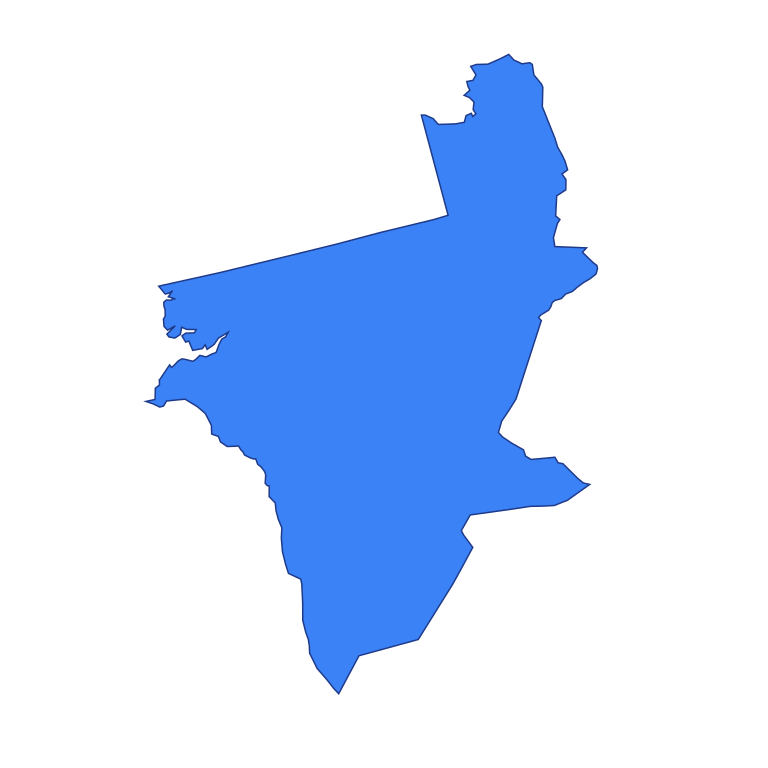 outline of Kiffa, Assaba, Mauritania, rotated 166°
{"feature_id": "47542326B84598403271907", "entity_name": "Kiffa", "entity_type": "district", "adm_level": 2, "iso_a3": "MRT", "parent_name": "Mauritania", "parent_adm1": "Assaba", "projection": "albers", "projection_center": [-11.344, 16.693], "detail": "fine", "context": "isolated", "style": "filled", "palette": "blue", "viewbox_px": 768, "rotation_deg": 166, "n_neighbors": 0, "source": "geoboundaries", "source_scale": "gbopen_adm2", "svg_char_len": 2942}
<svg xmlns="http://www.w3.org/2000/svg" viewBox="0 0 768 768"><g transform="rotate(166 384 384)"><path d="M162.1,619.0L158.1,633.6L158.7,637.0L163.8,647.7L162.8,658.2L164.7,660.4L165.1,660.5L172.6,661.3L179.6,666.9L183.2,673.6L194.0,671.2L205.8,669.2L217.1,671.7L223.0,671.2L220.0,661.6L224.3,657.1L230.5,657.5L230.5,652.3L229.6,648.3L236.4,644.7L231.8,641.3L228.5,635.8L231.1,628.7L229.5,623.9L233.2,622.1L233.8,625.5L239.4,624.6L242.8,618.5L251.7,619.1L268.5,622.7L272.1,629.6L279.0,635.0L282.7,635.9L281.0,532.2L296.3,531.5L350.0,531.9L397.8,531.2L451.6,531.4L516.5,531.8L576.7,533.4L578.9,533.4L574.5,524.2L570.9,524.2L566.6,525.6L572.2,520.8L565.7,517.0L568.9,517.7L569.9,516.7L574.8,518.2L577.9,516.6L578.7,512.4L578.4,509.2L579.9,502.6L582.3,500.4L583.5,493.1L581.0,488.6L572.4,491.0L574.6,489.7L582.6,484.9L581.3,481.7L575.9,479.2L573.4,480.0L569.6,481.4L566.6,488.0L562.2,484.7L553.1,482.3L555.5,479.5L564.2,481.3L568.4,479.5L566.3,472.6L563.0,472.9L562.4,469.1L561.5,462.9L551.6,462.3L548.0,465.3L547.3,460.4L541.4,462.6L539.3,463.5L533.5,468.6L522.7,471.9L526.4,468.0L530.6,466.8L534.6,462.1L539.3,455.2L544.0,454.7L550.1,453.3L555.8,456.3L560.9,453.3L564.0,452.3L570.7,455.9L574.1,457.3L578.0,456.2L583.8,452.5L586.3,451.5L586.9,453.2L587.4,454.4L600.7,442.4L601.0,442.4L601.6,439.5L602.1,437.4L606.9,435.2L609.9,424.4L619.2,424.7L612.6,420.4L607.2,415.9L603.3,415.9L599.1,420.1L588.6,418.6L580.7,417.4L570.6,407.2L564.5,398.6L562.5,390.1L561.5,385.6L563.3,377.1L557.3,373.1L556.7,367.4L551.3,361.3L542.6,359.4L540.2,359.2L539.5,357.0L538.8,354.7L537.4,352.5L536.5,348.9L532.2,345.1L528.8,342.8L526.6,342.5L526.2,339.1L526.0,336.8L523.0,332.8L522.8,332.0L521.5,329.3L520.8,326.6L520.9,324.0L523.3,316.4L521.8,313.6L520.0,312.8L522.7,302.5L518.3,295.0L519.4,286.9L519.4,286.6L519.3,278.4L517.9,269.1L520.9,259.3L523.1,245.7L523.1,233.0L522.5,223.3L512.0,214.8L512.2,209.5L515.9,191.1L520.0,174.4L520.0,162.1L519.2,154.5L519.8,148.1L521.3,140.6L519.4,132.2L517.7,124.2L510.6,110.2L506.4,100.7L502.9,94.4L474.0,126.4L412.6,127.8L365.8,173.1L353.5,186.3L337.4,204.0L343.3,218.2L344.4,223.1L332.0,236.1L291.8,231.8L271.7,229.9L258.5,226.9L248.0,224.9L241.1,225.9L234.4,226.7L208.7,236.8L214.5,239.7L218.9,245.6L229.7,263.4L234.1,265.4L235.9,271.6L242.8,272.6L257.5,274.9L259.5,275.2L264.0,279.7L264.6,286.4L274.5,295.8L281.7,303.8L284.7,309.3L278.8,319.5L269.8,327.6L259.6,337.4L216.0,407.5L216.6,408.4L217.9,411.1L215.1,413.1L206.4,415.8L203.3,418.8L201.1,422.3L197.7,423.8L193.9,423.8L191.0,424.1L186.1,427.3L179.0,428.2L176.4,429.4L175.4,429.9L173.5,431.0L165.4,434.3L158.6,436.3L151.9,439.3L150.5,441.4L148.9,444.4L148.8,447.6L151.6,451.0L159.6,463.8L154.6,467.1L185.0,476.0L184.2,485.0L176.9,497.8L173.5,501.0L176.8,505.5L175.0,511.4L170.9,524.8L160.6,528.4L158.0,538.3L160.5,544.7L154.0,547.4L154.5,556.7L155.7,562.8L158.2,571.7L158.7,581.1L163.3,614.8L162.1,619.0Z" fill="#3b82f6" stroke="#1e3a8a" stroke-width="1.5"/></g></svg>